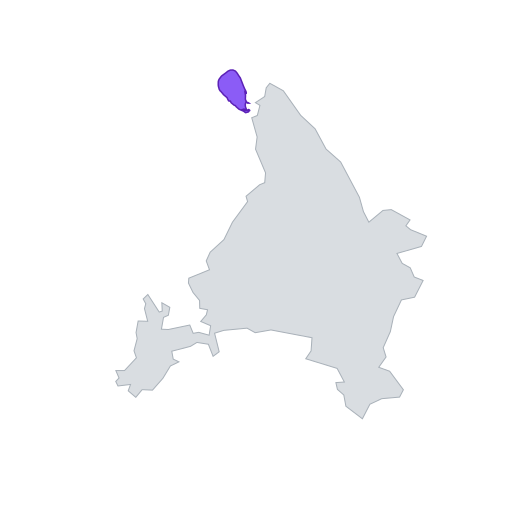 Sri Lanka shown with its bordering countries, rotated 164°
{"feature_id": "LKA", "entity_name": "Sri Lanka", "entity_type": "country or territory", "adm_level": 0, "iso_a3": "LKA", "parent_name": "Asia", "parent_adm1": "", "projection": "mercator", "projection_center": [80.512, 7.881], "detail": "fine", "context": "with_neighbors", "style": "filled", "palette": "violet", "viewbox_px": 512, "rotation_deg": 164, "n_neighbors": 1, "source": "natural_earth", "source_scale": "50m", "svg_char_len": 2745}
<svg xmlns="http://www.w3.org/2000/svg" viewBox="0 0 512 512"><g transform="rotate(164 256 256)"><path d="M424.5,169.1L425.4,174.1L421.3,176.5L422.3,184.5L414.0,182.1L399.0,191.1L399.4,198.5L393.0,209.3L392.4,215.5L387.2,226.0L378.1,223.1L377.7,236.2L375.1,240.5L376.3,245.8L370.6,248.8L364.5,228.8L361.3,228.9L359.4,237.0L353.0,230.4L356.6,223.2L361.8,222.5L367.1,211.7L360.5,209.5L338.7,207.9L337.7,199.0L332.1,198.4L322.9,192.8L318.8,201.5L327.2,208.3L320.0,213.1L317.4,217.7L324.5,221.2L322.5,228.8L326.6,238.3L328.4,248.6L326.7,253.2L304.5,255.6L305.2,265.0L299.0,272.3L282.3,280.6L269.3,295.0L249.1,310.6L249.1,316.2L232.8,323.5L227.4,324.1L223.9,333.3L227.0,358.8L222.1,370.1L222.0,390.1L216.0,390.7L210.7,399.7L214.3,403.6L203.7,406.9L199.8,414.9L195.1,418.2L184.2,407.3L174.3,378.9L164.1,361.9L159.2,339.5L148.7,323.0L140.4,283.9L140.5,269.0L138.2,257.4L121.4,264.8L113.2,263.3L98.0,248.2L103.6,243.7L100.2,238.7L86.6,228.0L94.3,219.6L119.8,219.6L117.5,208.6L111.0,202.1L109.7,192.2L102.1,186.4L114.9,172.7L128.3,173.7L140.5,159.8L147.7,146.3L159.0,132.8L158.8,123.1L168.7,115.2L159.3,108.4L151.2,86.8L156.9,80.8L174.5,84.2L187.4,82.1L198.6,70.2L211.0,86.8L209.9,98.2L214.5,105.3L214.1,112.3L205.8,110.5L209.0,125.6L236.5,143.5L229.2,149.6L224.7,162.0L262.0,180.8L277.9,182.5L284.5,189.1L307.4,193.4L317.1,193.2L317.8,174.1L324.9,171.4L326.1,184.3L336.6,189.2L343.9,187.2L363.2,187.7L364.0,179.7L359.3,175.5L368.6,173.9L379.2,164.1L392.5,155.6L402.3,158.9L410.5,153.3L416.0,161.6L412.0,167.1L424.5,169.1Z" fill="#d9dde1" stroke="#a8b0b8" stroke-width="1"/><path d="M223.5,396.6L224.6,396.6L225.8,396.6L226.6,396.7L228.0,398.6L231.9,401.8L234.0,405.1L234.2,405.8L234.5,406.4L235.0,406.6L235.4,406.9L237.6,410.1L237.8,410.7L237.8,411.4L237.9,411.9L238.4,412.2L239.1,412.3L239.6,412.8L240.1,415.3L240.1,416.1L240.3,416.4L243.0,420.4L243.1,420.9L243.1,421.2L243.2,421.5L243.7,422.2L244.5,424.1L244.9,424.5L245.4,426.2L245.4,429.3L245.2,430.7L244.7,432.4L244.2,434.0L243.5,435.2L242.6,436.2L239.7,438.4L238.8,438.8L234.9,440.2L232.1,441.4L229.4,441.8L226.8,441.1L224.8,439.4L223.7,436.9L223.0,434.4L222.0,431.5L221.2,422.7L220.9,420.2L220.3,417.1L220.3,415.7L220.8,414.4L220.8,417.3L221.1,417.6L221.4,417.2L221.7,414.3L221.9,413.0L223.0,409.7L223.0,409.1L222.8,407.9L222.8,407.3L224.4,405.0L224.8,403.6L225.0,402.3L224.9,400.8L224.7,399.3L225.9,399.8L226.6,400.3L227.3,400.6L227.9,400.5L228.6,400.5L228.1,399.7L226.6,398.9L224.2,398.5L223.4,397.9L223.1,397.4L223.3,396.8L223.5,396.6ZM222.2,405.5L222.5,406.4L221.6,405.8L221.0,405.3L220.7,404.9L222.0,405.3L222.2,405.5ZM223.3,398.7L222.6,398.8L222.0,398.0L221.9,397.7L222.0,397.5L222.2,397.4L222.4,397.4L222.6,398.1L223.3,398.7Z" fill="#8b5cf6" stroke="#5b21b6" stroke-width="1.5"/></g></svg>